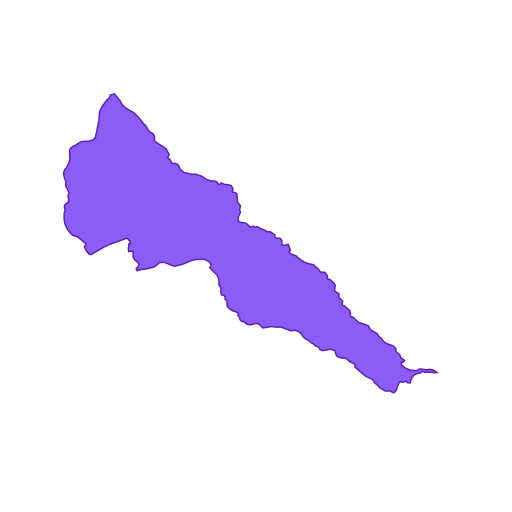 Hulha Negra, Rio Grande do Sul, Brazil, rotated 298°
{"feature_id": "56859067B48560466087967", "entity_name": "Hulha Negra", "entity_type": "district", "adm_level": 2, "iso_a3": "BRA", "parent_name": "Brazil", "parent_adm1": "Rio Grande do Sul", "projection": "equal_earth", "projection_center": [-53.901, -31.514], "detail": "fine", "context": "isolated", "style": "filled", "palette": "violet", "viewbox_px": 512, "rotation_deg": 298, "n_neighbors": 0, "source": "geoboundaries", "source_scale": "gbopen_adm2", "svg_char_len": 4007}
<svg xmlns="http://www.w3.org/2000/svg" viewBox="0 0 512 512"><g transform="rotate(298 256 256)"><path d="M198.0,254.1L196.9,258.2L196.6,261.4L197.3,264.6L197.2,267.4L195.0,267.9L194.3,270.0L192.4,271.6L191.5,274.1L192.4,276.9L191.5,279.2L192.2,282.8L196.5,287.6L197.3,290.8L195.7,295.8L196.9,297.2L197.9,298.9L199.7,301.2L201.2,302.9L201.9,305.3L203.1,308.1L205.2,311.8L205.3,314.8L205.8,317.7L206.3,321.8L208.6,325.1L209.2,327.3L209.2,330.0L208.5,332.9L207.3,334.5L206.2,337.5L206.1,341.9L205.3,345.4L205.3,348.2L204.5,350.5L204.9,354.0L203.4,356.6L203.6,359.1L204.8,360.7L206.4,362.7L208.5,365.3L209.1,367.8L209.4,370.1L207.0,372.3L205.4,375.2L205.7,377.2L206.2,379.7L207.8,382.9L207.3,386.0L206.7,389.1L206.9,391.4L206.9,394.5L204.4,395.4L203.5,399.6L202.4,403.7L201.9,406.4L201.3,409.6L201.4,412.1L201.8,416.6L201.0,418.6L199.6,420.1L199.1,423.7L197.7,427.6L197.7,430.2L197.4,433.5L199.7,437.5L199.8,441.9L202.9,442.9L206.3,442.3L210.3,441.8L212.6,442.1L213.4,444.8L215.8,447.0L215.3,449.5L216.5,451.8L219.8,450.8L224.2,451.1L226.3,452.2L228.8,454.5L230.0,456.3L232.2,456.9L232.7,460.1L234.1,462.3L235.4,464.9L236.3,467.4L237.9,470.4L238.5,468.3L238.4,465.3L237.3,462.3L235.6,460.2L234.7,457.4L233.0,453.4L229.8,451.4L228.6,447.7L227.6,445.8L227.1,440.2L227.9,435.8L230.1,434.3L231.8,436.0L233.5,436.2L234.3,431.3L236.3,429.3L237.1,424.8L239.6,423.2L240.8,420.7L241.0,418.4L240.4,415.6L240.0,411.3L240.7,408.0L242.3,405.1L242.3,402.9L244.3,399.3L244.7,391.3L247.1,388.2L246.5,382.7L245.9,380.4L245.5,377.8L247.5,370.2L246.9,367.8L249.0,366.7L251.8,364.5L252.7,360.0L253.5,357.8L252.6,355.8L254.3,354.2L256.8,353.8L258.2,348.7L259.7,347.7L261.5,347.2L262.0,341.7L265.0,340.5L267.2,339.8L268.6,337.6L269.0,335.5L269.9,333.1L269.5,329.3L271.9,328.6L274.0,324.6L272.1,320.6L273.9,316.6L274.6,313.0L275.3,311.0L273.9,306.2L273.3,301.9L273.5,297.9L274.1,294.1L275.0,291.0L274.3,287.4L274.1,285.2L275.1,283.2L277.3,283.7L281.4,278.9L278.8,276.4L278.1,273.6L281.9,271.4L283.0,268.8L281.3,266.1L281.6,263.6L283.5,262.6L284.1,257.0L282.8,255.0L282.9,250.8L282.4,248.3L282.5,243.2L281.0,241.9L281.1,239.6L278.8,237.5L280.2,231.7L278.7,227.1L278.2,224.6L280.0,222.8L282.5,222.1L287.5,221.6L289.2,219.7L293.0,218.8L294.8,214.5L300.3,211.0L302.0,209.7L302.1,207.4L301.4,204.9L304.6,204.1L306.5,201.1L305.9,198.3L304.4,194.6L304.2,190.9L302.2,190.7L301.7,188.3L303.0,187.2L302.7,183.9L301.1,181.4L300.9,178.9L300.2,176.7L301.0,171.2L300.3,166.4L299.6,163.6L298.1,160.9L295.8,153.0L296.6,150.8L297.1,148.4L299.9,144.5L300.0,141.3L298.2,138.3L300.9,134.8L301.1,131.8L304.8,131.7L308.5,126.3L309.4,115.9L310.0,112.2L313.7,110.4L315.6,107.9L315.8,103.0L317.1,101.0L319.2,97.6L320.0,94.6L322.7,88.7L325.0,81.5L325.4,72.5L326.5,67.4L329.2,63.2L332.7,54.9L331.1,53.3L329.5,51.8L327.1,52.4L324.3,51.2L320.1,50.5L314.5,50.0L310.1,50.1L301.8,53.7L287.0,58.1L285.4,58.5L282.3,57.9L279.3,55.0L276.7,50.8L274.9,48.0L271.5,45.9L269.2,44.7L267.1,43.0L265.2,42.1L262.1,41.6L253.9,46.3L249.9,47.1L245.0,47.2L242.1,46.6L239.3,47.0L237.9,48.0L235.6,49.6L233.1,52.6L228.4,55.3L224.1,61.4L220.4,61.9L218.3,64.1L215.3,64.9L211.9,63.3L210.0,63.4L206.3,66.2L203.5,66.6L198.9,69.1L195.5,71.4L192.5,75.0L190.8,77.6L188.9,81.6L188.2,84.7L189.2,89.0L188.3,94.0L186.9,100.1L183.6,100.3L181.4,102.9L179.3,107.4L179.7,109.6L191.0,116.6L192.7,117.7L197.7,121.4L204.0,127.3L211.3,133.7L210.0,137.3L208.2,139.4L206.9,138.1L205.3,138.9L202.3,139.9L200.2,141.6L201.5,143.3L202.3,145.2L197.0,148.4L195.4,151.4L194.8,155.2L193.5,156.8L191.0,156.8L188.6,156.1L187.1,158.0L189.1,159.9L190.6,161.5L192.2,164.0L193.6,165.6L195.7,168.3L197.5,170.1L200.3,172.2L204.8,173.8L207.4,178.1L207.8,182.5L208.6,188.8L210.6,190.9L212.4,193.1L214.2,195.0L220.7,200.3L223.8,203.4L225.4,205.7L228.8,211.9L228.9,217.4L227.2,220.8L224.0,220.6L221.7,227.7L220.9,230.5L219.5,232.5L215.8,235.6L213.0,236.8L211.3,240.2L209.2,241.0L207.6,242.0L205.5,243.7L206.1,246.1L205.4,248.2L203.7,248.6L202.4,251.8L198.0,254.1Z" fill="#8b5cf6" stroke="#5b21b6" stroke-width="1.5"/></g></svg>